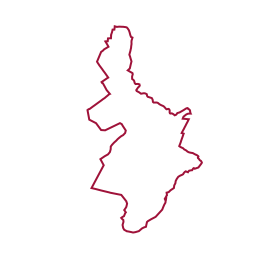 Río Blanco, Veracruz, Mexico (Robinson projection), rotated 239°
{"feature_id": "50627088B97163330601020", "entity_name": "Río Blanco", "entity_type": "district", "adm_level": 2, "iso_a3": "MEX", "parent_name": "Mexico", "parent_adm1": "Veracruz", "projection": "robinson", "projection_center": [-97.148, 18.845], "detail": "fine", "context": "isolated", "style": "outline", "palette": "rose", "viewbox_px": 256, "rotation_deg": 239, "n_neighbors": 0, "source": "geoboundaries", "source_scale": "gbopen_adm2", "svg_char_len": 4692}
<svg xmlns="http://www.w3.org/2000/svg" viewBox="0 0 256 256"><g transform="rotate(239 128 128)"><path d="M222.0,169.0L221.3,168.5L220.6,168.0L219.9,167.4L219.4,167.0L220.3,165.5L218.4,163.7L216.3,161.2L216.0,161.2L213.7,159.6L213.9,159.3L214.7,157.8L215.1,157.0L212.8,155.3L213.6,153.8L213.6,153.7L213.8,153.5L213.9,153.2L210.9,153.2L210.2,153.2L207.7,153.1L207.7,151.7L207.7,150.3L207.7,150.2L207.7,148.0L207.2,146.2L207.2,145.9L207.1,144.8L207.1,144.4L207.1,144.2L206.8,143.8L200.8,135.6L200.2,135.6L198.9,135.6L198.7,135.6L197.8,135.7L197.2,135.7L196.3,135.7L195.6,135.8L192.6,136.1L191.6,136.2L189.8,136.3L187.1,136.6L185.6,136.7L184.2,136.8L183.3,136.9L181.4,137.0L181.4,135.5L181.3,134.0L181.0,129.0L179.9,129.0L179.7,129.1L179.5,129.4L179.3,129.5L178.5,129.5L175.9,129.4L175.7,129.4L171.5,129.2L166.6,130.0L166.7,129.6L166.1,126.0L166.1,125.8L166.0,125.2L165.7,123.5L165.6,121.4L165.6,121.2L165.4,119.7L165.1,116.1L164.9,113.9L164.6,110.6L164.5,109.1L164.1,105.0L164.1,104.7L164.3,104.3L164.4,103.7L164.2,102.8L164.2,102.5L155.1,99.1L148.6,103.1L140.1,103.9L137.8,107.2L136.3,123.6L136.0,123.7L134.7,124.6L132.2,124.6L127.0,124.8L125.2,123.0L124.4,120.1L124.5,118.1L124.2,115.7L123.8,113.4L123.2,111.4L122.7,108.7L122.4,107.6L121.8,105.6L121.0,103.7L118.7,102.2L116.7,100.1L115.7,97.3L115.8,93.4L115.5,88.3L108.6,88.0L95.3,65.8L92.4,68.8L88.3,72.8L82.3,78.9L81.8,79.3L75.9,85.8L74.1,87.8L68.6,88.5L66.0,88.8L65.3,88.6L63.7,88.3L61.3,86.0L60.5,84.5L59.6,82.5L58.5,82.6L56.8,82.7L56.4,81.6L55.6,80.6L54.5,79.1L54.6,77.4L54.4,75.9L53.1,76.1L51.6,76.6L49.9,75.8L47.7,73.4L44.8,72.4L42.8,72.3L41.9,72.8L40.0,73.9L40.0,74.0L38.3,75.9L37.0,77.3L35.9,78.4L35.8,78.5L35.0,80.5L34.0,84.2L34.3,85.9L34.7,88.2L34.6,90.2L34.1,92.6L34.5,92.9L35.6,93.9L36.4,94.7L37.6,95.8L37.9,97.0L37.9,100.7L37.6,105.9L38.5,108.9L40.4,115.3L41.8,117.1L43.6,119.6L44.7,121.6L45.8,122.5L46.6,122.8L48.3,123.0L49.0,124.3L48.0,124.4L48.5,124.8L49.8,125.6L50.3,126.8L51.8,127.4L52.7,127.8L52.1,129.8L52.7,132.4L52.8,134.3L52.9,136.4L55.0,138.1L55.2,138.4L56.2,140.1L58.0,141.6L59.0,143.2L59.2,143.5L60.3,146.0L60.3,148.6L60.1,149.4L60.0,150.5L60.0,151.5L60.6,152.5L61.1,154.1L61.1,155.2L60.2,155.8L59.2,156.6L59.6,157.3L59.9,158.5L59.2,160.4L58.8,161.2L59.7,163.0L59.7,163.8L58.7,164.2L57.9,168.0L59.7,172.5L60.0,173.1L60.3,173.5L61.2,173.6L62.1,173.6L62.6,173.4L62.9,173.2L63.3,173.0L64.0,172.9L64.4,172.9L64.8,172.9L65.1,172.8L65.5,172.7L65.9,172.6L66.2,172.5L66.6,172.6L66.8,172.8L67.0,173.3L67.3,173.7L67.7,173.7L68.7,173.3L69.2,173.1L69.5,172.9L69.9,172.7L70.2,172.3L70.5,172.1L70.8,172.0L71.1,171.8L71.6,171.5L72.3,171.1L72.8,170.8L73.2,170.6L73.5,170.2L73.8,169.9L74.0,169.6L74.2,169.3L74.5,169.1L74.7,168.8L75.0,168.5L75.3,168.2L75.5,168.0L75.8,167.7L76.1,167.5L77.2,166.8L78.3,166.5L79.2,166.1L80.8,165.1L81.4,165.0L82.3,164.8L83.2,164.1L83.8,163.9L84.5,163.2L86.1,162.6L86.3,162.9L86.4,163.0L87.8,164.8L88.6,165.8L89.7,167.0L90.5,168.0L90.8,168.3L91.5,169.2L92.5,170.4L93.5,171.6L93.8,171.9L94.5,172.8L95.5,171.9L96.0,171.4L96.5,172.1L96.9,172.8L97.5,173.8L97.9,174.4L98.1,174.9L98.7,175.8L99.4,176.9L100.1,178.1L100.8,179.2L101.5,180.3L102.1,181.3L102.8,182.5L103.5,183.5L104.2,184.6L104.5,184.2L105.5,182.8L106.4,181.7L106.8,181.1L107.3,180.4L107.8,179.7L108.6,180.7L109.1,181.4L109.2,182.0L109.3,182.6L109.4,183.3L109.6,185.0L109.4,186.6L108.9,187.7L108.1,189.1L108.4,189.1L109.3,189.5L110.4,189.8L110.5,189.9L110.6,190.0L111.3,190.2L111.7,190.2L112.1,190.0L112.5,190.0L112.8,189.8L113.1,189.5L113.3,189.4L113.8,189.5L114.0,189.5L114.2,189.4L114.4,189.3L114.6,188.9L114.8,187.8L114.7,184.6L114.8,180.2L115.1,179.0L115.4,178.0L115.1,177.4L114.6,176.2L114.8,174.6L116.5,174.0L118.0,173.1L118.4,172.0L119.0,171.5L119.9,171.7L121.5,172.7L122.3,172.9L123.2,172.8L123.7,172.3L124.1,170.8L124.6,170.5L125.7,170.3L126.8,170.1L127.8,169.9L128.7,169.5L130.5,168.2L131.0,167.9L132.2,167.2L132.8,167.0L134.0,166.6L135.0,165.8L135.8,164.4L136.6,163.1L137.5,162.8L139.6,163.7L141.4,163.8L144.6,161.0L145.7,160.9L147.3,161.5L148.6,160.7L149.1,160.2L149.6,159.6L150.7,156.8L152.9,155.9L155.2,154.5L156.2,154.6L157.6,157.6L157.8,159.0L158.3,159.9L159.5,160.3L160.6,159.3L161.8,157.1L163.1,156.9L165.1,157.5L166.1,157.5L167.9,156.8L170.0,158.0L171.7,159.8L172.8,160.1L175.8,158.4L177.0,157.8L177.5,157.5L178.1,160.2L181.2,163.2L183.3,165.3L186.6,166.1L188.3,166.6L190.1,166.9L191.5,168.3L192.8,169.7L194.1,170.9L195.0,171.8L196.5,172.9L198.2,174.3L199.5,175.0L200.9,175.9L203.2,178.4L203.8,178.0L204.5,177.5L206.3,177.8L209.4,178.7L211.3,179.1L213.6,179.0L214.9,178.7L215.8,177.8L216.4,177.0L217.4,175.8L217.7,175.2L219.4,172.7L220.4,170.5L221.3,169.7L222.0,169.0Z" fill="none" stroke="#9f1239" stroke-width="2"/></g></svg>